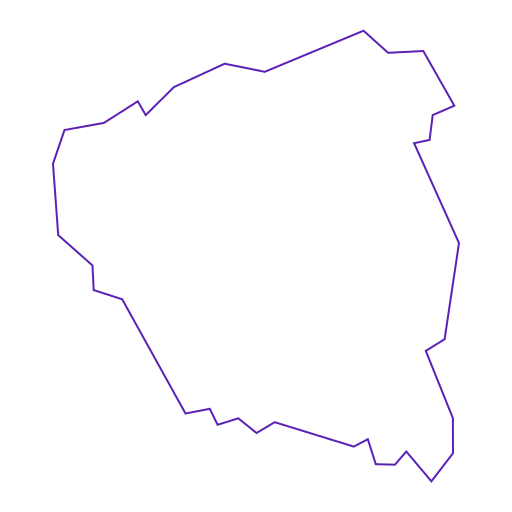 outline of Zrnovtsi, Zrnovci, North Macedonia
{"feature_id": "65306769B51513115302581", "entity_name": "Zrnovtsi", "entity_type": "district", "adm_level": 2, "iso_a3": "MKD", "parent_name": "North Macedonia", "parent_adm1": "Zrnovci", "projection": "equal_earth", "projection_center": [22.434, 41.837], "detail": "fine", "context": "isolated", "style": "outline", "palette": "violet", "viewbox_px": 512, "rotation_deg": 0, "n_neighbors": 0, "source": "geoboundaries", "source_scale": "gbopen_adm2", "svg_char_len": 559}
<svg xmlns="http://www.w3.org/2000/svg" viewBox="0 0 512 512"><path d="M363.5,30.7L264.7,71.8L224.6,63.7L173.9,87.1L145.7,115.1L137.8,101.3L103.9,122.9L64.5,130.0L53.0,163.7L58.2,235.1L92.5,265.5L93.7,290.1L122.2,299.3L185.5,413.5L209.8,408.8L217.6,424.8L238.3,418.3L256.5,433.0L274.7,422.2L353.8,446.6L367.8,439.2L375.8,464.2L394.9,464.7L406.3,451.5L431.4,481.3L453.0,453.2L452.9,418.2L425.8,350.9L444.6,339.2L459.0,243.1L414.1,143.2L429.6,139.9L432.7,115.1L454.3,105.7L423.3,51.0L388.1,52.8L363.5,30.7Z" fill="none" stroke="#5b21b6" stroke-width="2"/></svg>